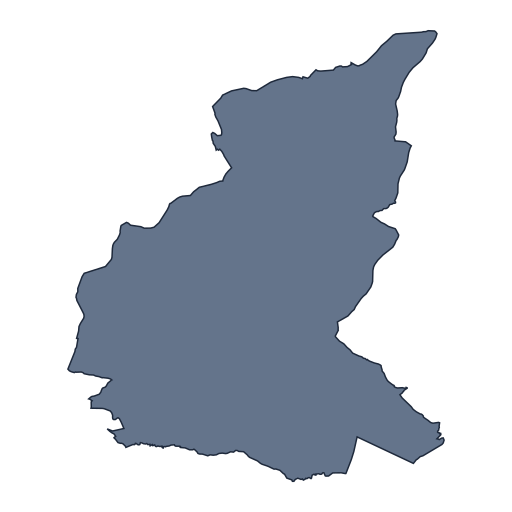 Monor, Bistrita-Nasaud, Romania (orthographic projection)
{"feature_id": "2599482B75795302665340", "entity_name": "Monor", "entity_type": "district", "adm_level": 2, "iso_a3": "ROU", "parent_name": "Romania", "parent_adm1": "Bistrita-Nasaud", "projection": "orthographic", "projection_center": [24.705, 46.949], "detail": "fine", "context": "isolated", "style": "filled", "palette": "slate", "viewbox_px": 512, "rotation_deg": 0, "n_neighbors": 0, "source": "geoboundaries", "source_scale": "gbopen_adm2", "svg_char_len": 6026}
<svg xmlns="http://www.w3.org/2000/svg" viewBox="0 0 512 512"><path d="M403.5,391.5L404.1,390.3L407.2,388.2L407.2,387.9L406.1,387.4L405.7,388.4L402.3,387.7L397.5,388.0L395.4,387.4L394.2,386.6L394.3,385.9L393.7,385.2L392.9,385.0L391.1,383.7L388.3,381.5L387.1,380.1L385.4,376.9L384.1,373.4L382.1,371.0L382.1,369.9L381.2,366.9L381.1,365.7L380.5,365.1L378.4,364.0L374.4,363.0L369.5,361.1L367.9,360.1L367.4,359.5L366.6,359.8L365.1,358.5L363.5,358.3L361.8,356.8L358.9,356.0L352.6,353.1L350.1,349.9L347.0,347.4L343.9,343.9L339.5,341.2L335.5,336.8L335.3,336.0L338.3,330.2L338.1,329.7L338.2,327.7L337.4,321.9L347.9,316.0L351.7,311.7L354.2,309.5L355.5,306.6L361.1,298.6L363.4,296.1L366.1,293.9L370.8,287.0L372.2,283.1L372.6,281.5L372.9,270.5L373.6,266.9L374.8,264.4L377.7,260.3L383.0,254.9L392.8,247.2L394.6,244.2L396.2,240.3L396.9,239.6L398.3,236.8L398.7,235.0L396.2,230.2L395.2,228.7L388.5,226.5L384.5,223.9L380.9,222.3L376.1,218.5L372.9,216.6L372.7,216.1L374.2,213.1L375.1,212.3L376.8,211.5L378.4,211.5L379.9,210.6L382.0,210.4L383.7,208.6L385.9,208.6L387.1,208.1L388.3,207.1L389.7,204.6L392.1,204.1L393.5,203.2L394.7,203.3L395.5,202.9L395.6,202.1L394.7,200.7L396.0,198.1L397.8,192.9L398.0,183.8L399.4,178.1L400.3,176.1L404.2,170.1L404.8,168.8L407.2,161.9L408.7,152.6L410.1,148.1L411.3,145.8L405.6,141.8L395.0,140.9L394.9,139.6L394.2,138.2L394.1,137.0L395.9,134.1L396.1,132.0L395.5,126.8L396.7,122.2L396.9,120.3L396.8,118.4L397.5,116.0L397.6,114.4L397.2,111.0L395.6,104.0L396.0,101.4L396.2,100.5L398.3,97.8L398.8,96.6L400.6,91.5L401.5,87.2L403.3,82.4L404.8,79.5L409.1,72.4L413.0,67.7L420.1,61.6L422.4,59.0L426.1,52.9L427.4,48.8L432.5,43.0L435.1,39.1L435.8,37.5L437.0,33.7L435.8,32.0L434.6,31.0L428.1,30.7L426.0,31.6L423.4,31.7L421.6,32.2L395.9,33.9L393.1,35.2L386.9,41.2L381.5,45.7L376.6,51.8L366.9,61.4L362.6,64.3L360.3,65.1L359.0,65.8L357.7,65.9L355.3,65.0L351.1,62.6L351.0,64.2L351.4,64.6L347.5,66.6L342.5,66.9L341.5,66.1L339.9,66.0L335.6,67.4L333.4,70.1L320.7,71.1L317.6,70.8L316.0,69.8L310.5,75.4L310.2,76.4L307.7,78.2L303.0,76.8L302.4,78.7L298.7,77.4L292.6,76.6L286.6,77.4L277.4,79.8L270.7,82.2L256.7,90.7L251.7,90.6L246.1,88.6L243.7,88.3L231.5,90.9L222.6,95.1L220.8,98.1L212.6,106.5L215.0,113.1L214.9,114.4L215.8,117.0L218.0,120.9L221.5,129.5L221.8,132.8L221.5,134.6L220.9,135.3L217.3,135.7L214.7,133.4L212.8,132.5L211.3,134.0L211.7,137.0L212.4,140.4L213.0,141.1L213.2,143.3L215.3,146.4L216.2,150.1L217.3,149.2L218.6,150.2L219.8,149.2L221.8,151.4L223.6,154.5L224.2,156.1L231.6,167.8L228.2,171.2L225.9,173.9L224.1,177.1L222.9,180.3L222.8,181.0L219.6,181.3L216.7,182.6L211.4,184.3L199.3,187.3L193.6,191.8L190.4,195.5L182.5,196.2L179.8,197.0L177.4,198.3L170.8,203.3L170.0,203.5L169.5,204.2L168.8,206.7L167.2,210.0L159.1,222.7L154.1,227.2L150.7,228.1L144.3,228.2L140.9,226.7L130.5,225.2L128.4,223.2L126.5,222.4L121.3,225.4L120.9,226.1L120.1,230.9L120.2,232.7L119.5,234.9L117.3,239.3L114.3,242.4L113.3,244.2L112.8,245.7L112.4,248.6L112.0,257.2L111.4,259.4L105.5,266.5L84.2,273.3L82.1,276.7L77.8,288.4L77.8,291.8L76.4,294.4L76.0,297.3L76.5,298.4L76.9,300.5L83.2,312.8L83.9,314.4L84.1,316.3L83.7,318.2L80.4,323.5L79.0,326.5L78.6,331.1L76.6,338.4L78.0,338.6L76.5,347.4L75.3,349.1L74.9,351.6L67.9,369.1L69.4,370.8L71.2,371.7L74.3,372.6L75.4,372.0L76.1,372.2L81.3,372.0L83.3,372.8L84.1,373.7L89.3,374.8L93.5,375.0L95.6,376.0L99.0,376.6L102.2,377.8L102.8,377.6L108.1,378.2L110.6,379.0L111.7,379.9L111.1,380.1L110.7,380.8L107.9,383.0L106.2,386.1L105.3,387.1L102.8,388.0L102.2,388.6L101.4,390.4L100.9,392.0L99.3,394.2L94.1,396.1L92.0,396.4L90.9,397.0L88.7,398.9L90.0,399.3L92.1,400.8L91.4,401.4L91.2,402.4L91.3,406.9L91.0,408.2L102.3,408.4L104.2,408.7L108.7,410.4L110.3,411.0L111.7,412.8L112.6,415.2L112.6,417.9L112.9,419.0L113.8,419.6L115.4,419.5L117.5,417.9L118.2,417.8L119.4,418.7L121.3,422.4L123.9,428.5L112.6,431.0L107.2,428.9L109.8,431.3L112.0,432.9L114.0,433.9L115.7,436.3L114.0,437.6L114.4,438.4L115.2,438.9L118.0,442.6L120.3,443.3L121.8,443.3L123.1,443.9L125.4,446.2L125.9,447.4L132.9,444.5L134.2,444.7L134.9,444.4L135.3,443.4L135.8,443.3L138.1,444.8L139.1,444.8L139.8,444.5L140.4,442.6L141.9,442.9L143.5,443.7L145.7,444.0L146.8,443.5L147.8,444.6L150.0,444.3L150.2,445.1L150.0,445.6L150.1,445.9L152.4,444.5L152.6,444.8L152.5,445.4L152.8,445.7L154.7,444.9L155.1,445.8L155.6,446.4L156.5,446.6L157.9,446.0L159.9,446.5L162.1,446.1L162.3,446.4L161.9,446.8L162.0,447.2L162.7,447.9L163.3,448.0L163.5,446.8L164.1,446.5L165.7,446.8L166.0,446.4L169.1,446.0L171.0,445.1L174.4,444.8L174.7,445.6L175.8,446.2L179.9,446.2L180.4,446.6L180.1,447.2L180.5,447.5L185.2,447.9L189.6,449.8L192.7,449.8L193.9,449.2L194.5,449.5L196.1,451.0L197.2,452.1L197.9,453.4L199.4,454.0L202.5,454.1L207.8,455.8L210.1,454.8L213.3,455.2L216.4,454.8L218.9,453.5L222.2,453.1L225.7,453.6L227.3,453.3L230.5,451.8L233.6,452.1L235.7,450.4L237.2,450.5L238.7,451.4L243.6,451.7L247.2,454.8L248.1,456.0L249.5,457.3L257.5,460.9L260.4,463.3L262.0,464.2L267.6,466.1L274.0,469.1L275.9,469.0L279.9,470.3L283.5,473.7L284.5,474.1L286.8,478.1L291.8,479.9L292.4,481.3L293.9,481.3L295.3,479.4L297.8,478.2L301.0,479.4L302.5,479.0L303.3,480.1L305.0,479.3L305.8,478.3L306.8,478.7L308.3,477.7L309.4,477.6L311.0,478.6L311.5,478.1L312.1,475.2L313.7,474.3L315.3,475.1L316.0,474.9L315.6,474.1L318.9,473.7L320.0,474.3L321.1,474.2L321.7,474.1L322.5,473.0L323.0,472.7L323.9,472.8L325.2,475.8L325.9,476.1L328.6,476.0L332.6,473.0L333.6,472.9L341.3,472.8L345.4,473.6L345.9,473.5L351.3,459.6L353.8,451.6L357.1,436.9L413.4,463.4L416.4,459.6L417.3,459.2L420.2,456.6L422.9,455.8L441.9,444.5L443.2,443.0L444.1,440.1L443.2,437.9L441.7,438.1L439.2,439.6L438.7,439.2L436.9,438.8L440.7,434.9L440.9,434.1L440.6,433.3L439.6,433.7L439.1,432.6L438.3,432.7L437.6,432.2L437.7,431.1L438.7,430.1L438.8,428.6L439.3,427.6L439.1,426.1L439.6,422.8L438.6,422.4L433.0,423.2L430.8,422.6L427.8,420.2L423.8,417.5L423.4,417.0L423.3,416.0L422.2,414.7L421.3,414.1L420.3,414.0L416.3,411.8L413.1,409.3L411.3,406.8L402.1,397.9L399.9,394.7L402.2,393.0L402.8,392.0L403.5,391.5Z" fill="#64748b" stroke="#1e293b" stroke-width="1.5"/></svg>